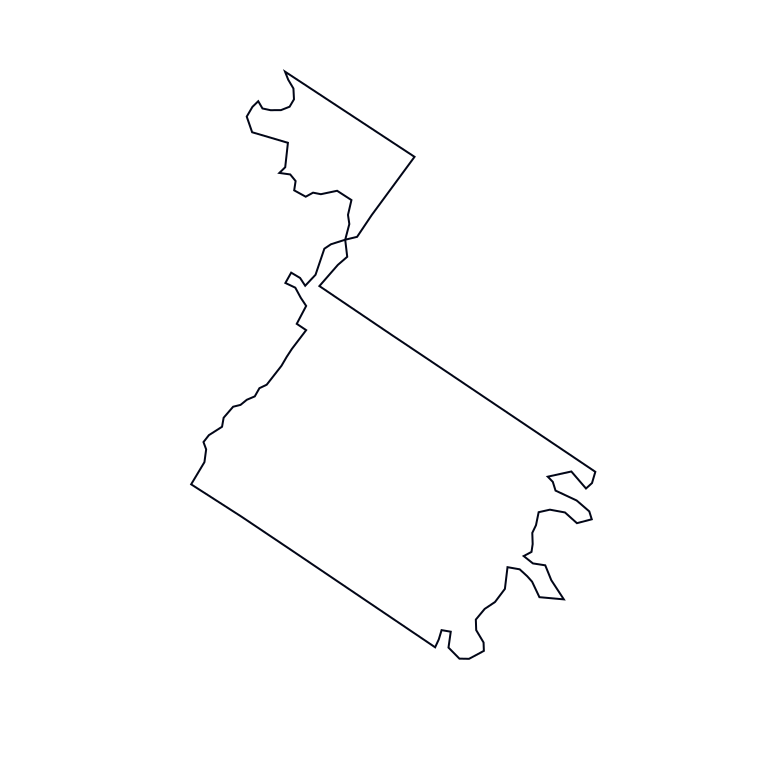 outline of Serafina Corrêa, Rio Grande do Sul, Brazil, rotated 38°
{"feature_id": "56859067B89620612627908", "entity_name": "Serafina Corrêa", "entity_type": "district", "adm_level": 2, "iso_a3": "BRA", "parent_name": "Brazil", "parent_adm1": "Rio Grande do Sul", "projection": "mercator", "projection_center": [-51.947, -28.687], "detail": "fine", "context": "isolated", "style": "outline", "palette": "ink", "viewbox_px": 768, "rotation_deg": 38, "n_neighbors": 0, "source": "geoboundaries", "source_scale": "gbopen_adm2", "svg_char_len": 1474}
<svg xmlns="http://www.w3.org/2000/svg" viewBox="0 0 768 768"><g transform="rotate(38 384 384)"><path d="M264.6,294.2L256.2,306.5L253.7,314.1L262.8,340.1L261.4,355.1L252.6,352.1L242.3,353.4L244.1,365.1L254.8,362.7L265.3,367.3L274.6,370.4L278.2,390.3L289.5,389.5L289.8,413.0L290.6,422.4L292.0,432.8L292.0,456.8L288.4,464.0L289.8,473.3L285.6,480.9L283.8,488.8L279.1,494.8L278.4,509.3L282.7,517.4L277.5,532.1L277.5,540.9L284.1,545.0L290.6,556.1L293.8,581.8L353.2,576.3L415.6,571.8L586.4,560.0L584.4,551.5L580.9,542.5L589.1,538.1L597.1,552.0L612.5,554.0L620.2,548.2L627.0,532.8L621.6,526.4L608.2,521.2L601.4,513.1L601.8,499.2L605.7,487.4L605.4,471.0L594.1,452.3L605.0,446.5L615.2,447.3L622.4,448.6L637.7,456.3L658.3,443.0L636.6,435.6L622.7,427.6L611.8,433.7L600.0,433.6L603.6,425.5L599.7,418.6L592.5,410.0L590.7,401.7L584.8,389.8L592.1,380.9L605.7,373.8L621.7,374.9L631.0,362.7L624.2,358.0L607.5,357.2L584.8,362.4L577.3,357.2L570.1,356.2L585.5,337.6L607.5,342.0L608.9,334.0L604.6,323.1L400.7,337.6L361.4,340.5L272.8,346.6L274.3,318.5L276.7,306.4L264.6,294.2ZM113.7,198.8L121.2,203.2L130.7,206.9L137.8,215.1L138.9,223.6L134.2,231.6L126.0,238.1L118.6,241.7L110.8,238.6L109.7,246.6L111.2,257.8L125.1,266.8L159.8,253.1L172.7,274.0L171.6,282.1L181.1,276.6L189.4,278.5L194.0,286.7L207.0,284.6L210.3,276.9L217.4,273.3L228.1,260.6L245.1,259.1L251.5,272.9L258.2,279.3L264.6,294.2L272.2,284.6L270.3,258.3L268.2,186.2L113.7,198.8Z" fill="none" stroke="#020617" stroke-width="2"/></g></svg>